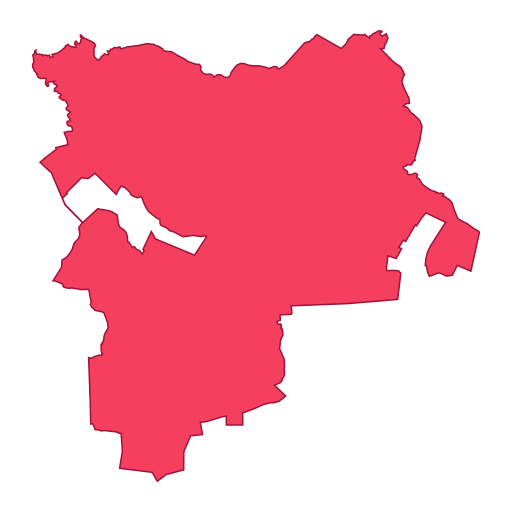 outline of Orasu Nou, Satu Mare, Romania
{"feature_id": "2599482B36409270859470", "entity_name": "Orasu Nou", "entity_type": "district", "adm_level": 2, "iso_a3": "ROU", "parent_name": "Romania", "parent_adm1": "Satu Mare", "projection": "equal_earth", "projection_center": [23.287, 47.846], "detail": "fine", "context": "isolated", "style": "filled", "palette": "rose", "viewbox_px": 512, "rotation_deg": 0, "n_neighbors": 0, "source": "geoboundaries", "source_scale": "gbopen_adm2", "svg_char_len": 5766}
<svg xmlns="http://www.w3.org/2000/svg" viewBox="0 0 512 512"><path d="M316.8,34.6L314.3,37.0L313.7,38.6L312.2,39.0L309.2,42.0L308.7,42.2L307.9,41.6L304.5,43.0L285.0,64.7L283.4,66.2L278.3,69.1L276.9,66.9L275.3,66.5L274.2,66.5L269.7,68.2L268.2,68.3L265.9,67.3L259.3,65.8L252.7,65.8L248.2,65.1L244.3,63.6L240.6,63.4L237.4,64.9L235.7,66.3L231.4,72.0L230.4,74.9L229.1,76.8L227.5,77.4L224.3,77.2L220.8,74.8L217.4,74.7L214.0,77.1L212.2,75.0L210.8,74.1L205.2,74.3L203.1,73.2L201.0,70.5L200.6,69.8L200.9,66.4L199.5,64.5L198.3,64.2L196.4,64.4L187.9,61.5L185.5,59.5L177.7,55.5L171.5,51.7L164.4,51.1L163.4,50.2L162.6,48.8L158.3,46.2L155.8,45.6L153.9,44.4L146.5,43.7L138.1,45.6L127.9,46.8L120.9,48.8L119.9,46.8L117.7,47.7L114.0,47.6L112.0,49.5L110.5,49.1L110.3,50.9L109.9,51.2L107.4,51.0L108.6,53.6L108.4,54.6L106.9,54.7L104.3,53.9L103.0,55.5L101.6,56.3L99.5,59.5L97.7,60.1L94.6,57.0L94.0,54.8L94.0,49.2L94.5,47.5L95.6,46.0L94.6,43.6L92.0,41.7L84.0,38.0L81.0,35.1L80.4,35.1L80.5,36.8L81.7,38.7L80.8,40.0L80.9,41.7L80.3,42.3L80.3,42.9L78.0,44.1L76.5,41.3L75.6,41.3L75.0,42.0L74.7,44.5L76.3,46.2L75.8,47.5L70.3,46.3L69.0,45.6L68.0,44.3L66.9,45.3L65.4,45.7L65.3,47.1L60.5,51.1L57.5,53.0L52.1,54.5L53.0,56.6L50.3,57.4L49.5,55.2L47.5,55.8L46.5,55.0L42.8,55.6L42.7,54.6L40.2,54.5L39.9,54.1L36.5,54.2L35.7,51.6L36.1,50.2L34.9,50.9L34.1,54.3L32.8,55.0L33.5,58.5L33.7,62.6L32.7,64.0L32.7,67.6L34.0,69.1L34.0,70.6L37.0,73.8L36.7,74.4L38.1,76.7L38.0,77.4L40.6,78.5L45.8,78.3L46.2,79.7L45.4,82.6L45.5,83.8L47.2,86.3L48.6,85.9L48.6,85.2L47.7,83.2L48.6,82.1L54.4,81.3L53.3,82.2L53.4,83.0L54.9,84.4L56.2,84.3L56.3,85.3L57.4,86.3L54.7,88.4L54.4,89.4L54.4,91.1L56.0,91.6L57.6,91.3L58.2,93.1L61.3,94.4L61.2,95.0L59.1,97.1L59.2,97.5L61.4,99.5L66.1,101.0L66.5,102.8L67.8,104.6L68.1,105.9L66.6,107.3L66.2,109.1L66.4,109.8L70.4,112.0L70.2,112.6L68.2,113.9L67.4,115.5L69.8,118.9L70.2,120.3L69.7,121.0L67.2,121.3L67.0,123.9L68.2,125.8L70.6,126.1L71.7,126.9L72.4,128.8L72.3,130.8L71.6,131.5L69.0,131.3L64.2,132.4L67.4,140.7L67.5,143.8L67.9,144.7L55.8,147.6L56.3,149.3L43.9,158.8L44.2,159.0L40.0,162.2L49.6,171.3L49.8,171.2L51.2,172.4L65.1,205.0L82.4,222.5L78.9,227.4L78.8,228.3L79.7,232.8L79.6,235.2L78.7,238.3L74.1,243.2L72.2,249.2L69.4,254.0L66.1,257.6L62.0,260.1L61.5,267.0L61.2,267.9L53.0,280.8L54.7,280.8L62.2,283.8L62.8,284.8L63.3,286.8L66.4,288.0L69.6,288.3L71.7,287.9L81.6,289.6L88.3,289.3L88.8,289.8L91.2,302.3L90.3,304.8L91.3,306.0L91.6,307.3L93.4,308.4L94.8,310.3L102.3,311.9L104.0,313.0L107.6,322.7L108.1,327.0L107.7,328.9L105.3,332.7L104.1,335.9L103.5,340.8L102.1,342.8L102.5,343.9L101.2,344.2L101.0,344.6L101.2,350.2L101.9,353.9L102.6,354.2L101.2,355.4L98.5,355.1L97.0,356.0L94.3,356.5L92.4,357.9L90.9,358.2L88.6,357.6L90.2,400.8L90.7,424.1L92.7,423.8L94.4,427.2L94.8,429.5L98.5,430.0L100.6,430.8L105.0,430.6L116.2,431.9L119.1,433.2L121.1,433.5L122.4,451.0L119.6,468.3L152.2,472.3L157.3,481.3L166.3,474.5L183.4,470.0L183.7,469.8L183.8,451.8L190.6,435.8L202.5,434.5L200.4,422.4L206.8,421.5L222.1,416.8L226.3,416.1L226.3,425.0L242.8,425.0L242.6,413.0L255.4,408.2L262.4,404.9L269.0,403.0L275.1,402.5L279.3,401.1L285.7,396.0L274.6,385.3L280.6,382.5L282.2,380.1L282.3,378.4L283.7,377.0L284.7,373.4L284.1,369.5L284.5,366.1L284.3,359.8L281.1,351.8L279.6,349.0L280.5,340.5L281.2,339.0L281.3,337.7L282.0,337.0L282.9,335.2L282.9,333.3L282.3,329.2L281.5,328.9L281.1,327.9L281.5,326.8L281.1,325.6L281.1,324.5L280.6,323.9L278.6,324.4L277.2,323.0L277.1,321.5L280.3,320.3L280.1,314.8L291.1,314.4L291.9,313.3L291.1,305.8L347.7,303.6L397.7,299.4L400.8,273.3L398.6,270.9L393.0,270.4L386.9,270.6L386.3,270.0L387.9,255.8L396.2,258.5L401.6,248.7L398.8,247.4L403.4,240.2L405.6,241.5L415.3,225.0L416.6,225.8L421.3,218.4L425.6,213.3L426.5,213.1L445.6,222.3L430.5,245.9L427.6,252.0L425.9,258.4L425.2,265.3L425.4,265.7L426.4,265.7L427.7,272.7L429.5,276.3L438.3,272.9L441.4,273.6L446.3,276.1L452.4,275.2L457.3,265.3L470.9,271.2L479.3,233.0L479.1,232.0L478.7,231.3L473.6,228.4L467.7,224.0L458.5,219.1L457.6,218.0L455.8,213.9L453.3,207.3L452.2,203.0L449.0,199.3L447.3,198.6L444.6,196.4L442.7,195.8L443.7,194.0L441.0,193.0L439.6,193.6L437.6,192.5L435.8,192.8L435.5,191.5L432.5,190.9L429.2,189.2L422.5,184.5L419.1,178.7L416.9,178.1L416.7,177.2L417.6,175.0L416.4,173.4L415.0,173.2L411.7,174.4L409.1,174.7L407.4,173.8L407.7,172.1L407.2,171.2L403.9,168.9L403.4,168.0L403.3,167.1L403.7,166.8L406.3,165.8L407.4,164.6L410.2,165.0L411.6,164.6L412.4,163.5L413.1,161.5L415.3,160.2L414.6,158.9L420.0,139.8L422.0,126.5L420.3,121.6L419.4,120.1L413.6,114.5L411.2,112.9L408.8,109.4L406.8,107.1L403.3,106.2L405.7,103.8L409.5,103.4L408.9,98.1L404.5,89.1L401.8,81.9L403.6,75.7L404.7,74.6L403.2,73.1L403.6,72.2L400.9,67.2L393.1,61.5L380.4,48.6L384.0,48.6L384.8,45.0L386.4,42.3L387.9,38.1L386.4,34.1L386.3,33.8L381.9,36.2L379.8,33.6L380.5,32.4L381.6,32.3L382.0,31.3L379.0,30.7L372.7,34.0L371.4,35.7L370.0,35.8L369.7,38.1L364.4,34.3L363.6,35.1L353.8,34.4L348.0,39.5L347.9,40.8L347.0,41.9L346.2,43.6L341.3,48.5L316.8,34.6ZM95.1,173.3L116.1,194.4L116.9,193.6L117.3,192.0L121.0,186.2L125.0,187.7L126.5,189.0L129.7,192.2L130.5,193.9L132.0,195.5L137.3,197.8L139.5,197.2L140.3,196.5L141.1,196.8L141.9,197.6L144.7,205.0L146.5,208.4L149.1,212.0L156.6,218.1L159.8,219.5L160.1,223.7L160.9,225.2L166.8,228.0L169.5,230.6L174.0,232.0L182.3,236.4L183.9,236.7L192.8,235.4L201.4,236.6L204.9,235.7L206.5,236.9L194.5,255.1L155.6,239.0L151.3,231.6L143.0,249.3L144.0,250.8L142.2,254.2L139.6,250.5L137.5,249.8L135.7,248.6L134.8,247.0L134.0,246.6L132.8,247.3L131.9,246.9L129.0,242.3L127.7,241.6L127.4,237.1L126.8,234.4L125.7,231.9L123.4,229.6L119.3,226.7L118.2,221.9L117.2,215.1L111.9,211.7L108.6,210.6L97.7,208.8L82.8,222.6L65.2,204.7L62.4,198.2L67.3,193.7L66.6,192.6L81.5,177.8L88.1,178.6L95.1,173.3Z" fill="#f43f5e" stroke="#9f1239" stroke-width="1.5"/></svg>